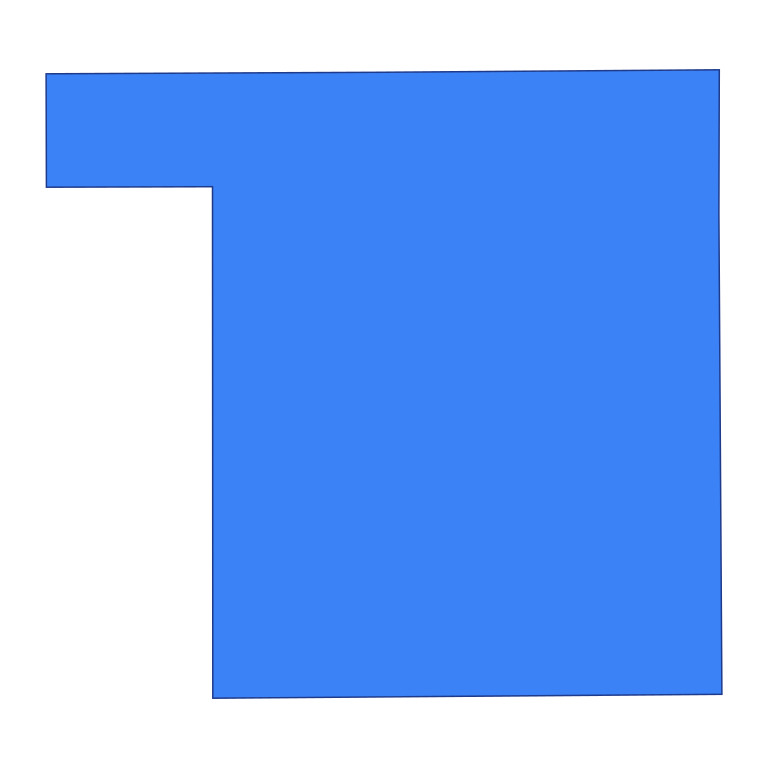 Henry, Ohio, United States of America
{"feature_id": "52423323B76163857838554", "entity_name": "Henry", "entity_type": "district", "adm_level": 2, "iso_a3": "USA", "parent_name": "United States of America", "parent_adm1": "Ohio", "projection": "mercator", "projection_center": [-84.138, 41.327], "detail": "fine", "context": "isolated", "style": "filled", "palette": "blue", "viewbox_px": 768, "rotation_deg": 0, "n_neighbors": 0, "source": "geoboundaries", "source_scale": "gbopen_adm2", "svg_char_len": 234}
<svg xmlns="http://www.w3.org/2000/svg" viewBox="0 0 768 768"><path d="M46.4,187.2L212.5,186.7L212.8,698.2L721.9,694.3L718.9,212.8L719.3,69.8L379.1,72.3L46.1,73.8L46.4,187.2Z" fill="#3b82f6" stroke="#1e3a8a" stroke-width="1.5"/></svg>